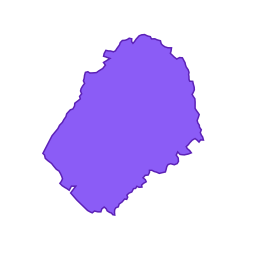 Queimadas, Paraíba, Brazil, rotated 217°
{"feature_id": "56859067B78633571836614", "entity_name": "Queimadas", "entity_type": "district", "adm_level": 2, "iso_a3": "BRA", "parent_name": "Brazil", "parent_adm1": "Paraíba", "projection": "robinson", "projection_center": [-35.92, -7.398], "detail": "fine", "context": "isolated", "style": "filled", "palette": "violet", "viewbox_px": 256, "rotation_deg": 217, "n_neighbors": 0, "source": "geoboundaries", "source_scale": "gbopen_adm2", "svg_char_len": 2492}
<svg xmlns="http://www.w3.org/2000/svg" viewBox="0 0 256 256"><g transform="rotate(217 128 128)"><path d="M192.4,176.7L191.9,173.2L190.7,170.6L188.5,171.4L186.3,172.0L184.3,172.7L185.7,168.8L187.0,165.6L183.9,164.6L184.0,160.3L185.7,156.0L186.5,153.3L188.3,151.7L189.9,150.3L191.7,148.9L193.9,148.8L195.5,146.8L194.4,143.9L192.9,141.3L192.0,138.8L189.5,137.5L189.5,134.3L189.1,131.1L188.2,129.0L185.6,127.4L185.7,124.1L183.6,122.6L184.4,119.4L185.4,115.8L183.9,113.3L183.5,110.0L185.0,107.8L185.3,104.9L185.5,102.4L184.4,99.7L184.3,96.2L183.8,93.1L184.3,89.0L183.6,85.3L184.0,76.1L180.7,56.5L178.5,56.2L175.8,54.0L172.7,53.7L169.8,53.7L167.7,53.7L164.7,52.9L160.5,51.9L157.1,52.1L154.2,50.8L151.5,49.3L149.7,48.0L149.1,45.1L149.1,42.8L145.9,42.3L142.6,42.5L140.5,42.8L137.5,42.9L138.2,47.5L134.7,50.1L134.7,41.6L125.7,39.7L123.5,39.4L110.7,37.8L107.8,38.2L105.5,38.7L104.8,41.5L101.8,42.8L99.2,44.7L100.2,47.5L99.5,50.5L96.8,50.4L94.8,49.3L92.0,49.5L90.0,50.1L88.0,49.6L86.2,50.5L88.1,52.6L89.5,54.8L89.7,57.0L88.3,59.2L89.3,61.9L88.2,65.4L88.0,69.2L86.1,70.2L86.6,72.6L88.5,73.7L88.0,76.6L86.5,79.2L87.1,82.9L85.6,84.3L85.8,86.8L83.5,87.3L81.3,89.2L82.8,90.7L82.3,93.1L81.1,96.0L83.0,97.1L86.0,97.3L85.8,100.5L83.6,102.6L84.1,105.4L85.4,107.1L83.4,108.6L80.9,109.0L78.7,109.9L75.7,110.6L73.8,112.9L71.7,115.4L72.5,117.6L73.8,120.5L74.0,123.0L72.4,125.2L68.9,126.5L67.3,129.2L67.6,131.7L69.9,134.3L73.2,135.4L73.9,138.8L70.6,138.2L68.8,139.2L66.8,140.5L64.2,143.5L62.5,146.3L65.2,147.1L68.3,147.2L70.3,148.2L69.8,151.0L69.8,153.5L69.4,157.0L68.1,159.9L65.6,159.9L62.8,159.5L62.9,162.1L60.5,163.8L63.1,165.8L65.0,166.4L67.5,167.8L68.4,170.7L71.4,171.7L72.8,173.2L75.3,174.1L77.3,175.6L78.2,178.7L79.2,181.6L81.2,182.3L83.8,183.1L86.2,184.0L90.0,189.1L92.2,191.6L94.8,192.5L97.0,193.4L97.3,195.7L98.0,198.4L99.7,200.4L102.3,202.4L104.4,204.2L106.9,202.5L108.6,203.6L110.3,205.8L111.8,207.2L112.7,209.1L115.0,210.7L118.3,211.8L120.2,213.1L121.8,214.5L123.8,215.4L126.8,216.8L129.2,215.3L130.6,212.4L134.2,212.5L137.0,212.9L139.1,213.1L139.9,215.3L141.5,218.2L144.4,216.1L147.5,215.0L150.2,214.9L152.2,215.3L154.6,217.2L157.9,215.9L160.2,215.4L162.9,213.3L165.1,214.4L167.7,213.3L171.0,212.6L173.2,210.6L174.6,208.3L174.8,205.9L175.0,203.5L174.8,200.9L175.0,198.6L177.2,199.2L178.7,201.5L181.1,200.4L181.8,198.3L183.1,196.3L185.2,194.5L185.6,191.6L184.8,189.2L184.7,184.9L184.5,182.0L185.5,180.1L188.3,179.0L190.0,177.8L192.4,176.7Z" fill="#8b5cf6" stroke="#5b21b6" stroke-width="1.5"/></g></svg>